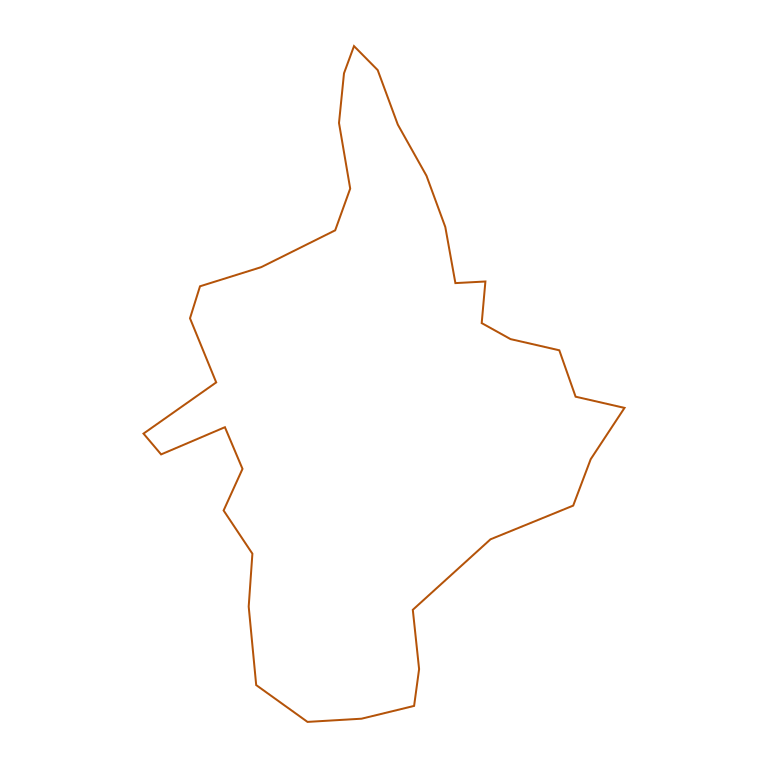 the border of Dushanbe
{"feature_id": "TJK-5491", "entity_name": "Dushanbe", "entity_type": "Independent City", "adm_level": 1, "iso_a3": "TJK", "parent_name": "Tajikistan", "parent_adm1": "", "projection": "orthographic", "projection_center": [68.769, 38.564], "detail": "fine", "context": "isolated", "style": "outline", "palette": "amber", "viewbox_px": 768, "rotation_deg": 0, "n_neighbors": 0, "source": "natural_earth", "source_scale": "10m", "svg_char_len": 567}
<svg xmlns="http://www.w3.org/2000/svg" viewBox="0 0 768 768"><path d="M354.0,46.1L377.7,70.1L397.8,124.6L426.5,175.8L445.3,227.0L455.4,283.1L485.4,281.5L481.7,323.1L510.5,339.1L559.3,350.3L575.6,396.7L624.5,407.9L590.7,459.2L573.2,505.6L490.5,539.3L412.8,609.8L419.1,669.1L414.1,705.9L361.5,718.7L307.5,721.9L256.2,685.1L248.7,606.6L252.4,553.7L223.6,510.5L242.5,468.9L224.9,427.2L161.1,454.4L143.5,433.6L216.2,382.4L190.0,318.3L200.0,286.3L261.3,267.1L335.2,230.3L350.2,188.6L339.0,123.0L344.0,73.3L354.0,46.1Z" fill="none" stroke="#b45309" stroke-width="2"/></svg>